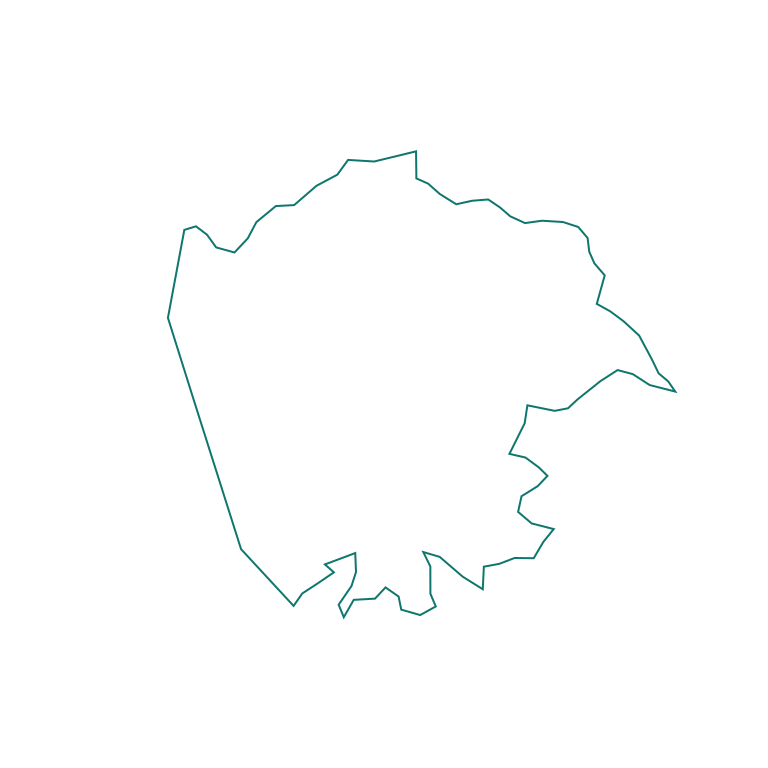 the district of Mulungu, Ceará, Brazil, rotated 212°
{"feature_id": "56859067B22800434972172", "entity_name": "Mulungu", "entity_type": "district", "adm_level": 2, "iso_a3": "BRA", "parent_name": "Brazil", "parent_adm1": "Ceará", "projection": "albers", "projection_center": [-39.009, -4.317], "detail": "fine", "context": "isolated", "style": "outline", "palette": "teal", "viewbox_px": 768, "rotation_deg": 212, "n_neighbors": 0, "source": "geoboundaries", "source_scale": "gbopen_adm2", "svg_char_len": 1246}
<svg xmlns="http://www.w3.org/2000/svg" viewBox="0 0 768 768"><g transform="rotate(212 384 384)"><path d="M480.1,598.3L510.2,567.5L533.2,555.0L534.5,536.8L546.3,516.3L555.0,488.1L570.0,477.6L578.0,453.7L576.7,435.3L580.5,416.3L598.7,410.9L613.2,416.8L627.0,418.1L635.0,408.9L602.3,325.6L536.6,269.4L417.7,168.2L343.1,147.9L342.3,163.1L334.7,179.5L326.7,197.7L338.5,199.7L329.8,211.0L318.8,225.4L308.1,209.7L304.5,195.4L305.5,172.8L294.5,164.9L295.3,184.9L277.9,197.2L274.9,212.3L259.0,211.5L249.8,201.8L230.9,207.2L222.2,222.8L233.5,230.7L240.1,241.2L248.0,253.8L261.6,262.3L245.2,266.9L215.1,262.3L191.5,262.3L202.5,282.0L191.0,292.5L181.1,305.6L164.7,315.6L165.2,334.5L163.2,350.9L184.9,344.0L202.5,346.6L207.9,361.7L199.5,378.9L196.7,392.7L208.4,395.3L225.0,396.6L240.6,391.2L243.9,425.3L251.1,441.9L225.0,451.7L215.1,460.9L211.7,473.5L202.0,501.1L193.3,519.6L178.3,524.2L158.1,523.9L133.0,531.9L144.3,536.8L156.8,538.6L169.3,546.5L193.3,560.3L214.3,564.2L230.9,565.5L246.0,564.7L254.4,593.1L269.5,597.8L280.0,604.9L288.7,615.7L302.5,620.1L318.1,616.2L336.5,606.2L349.7,595.2L365.8,593.1L379.1,595.2L393.4,595.7L406.5,586.0L418.0,574.7L437.4,574.7L452.7,577.3L465.5,575.5L480.1,598.3Z" fill="none" stroke="#0f766e" stroke-width="2"/></g></svg>